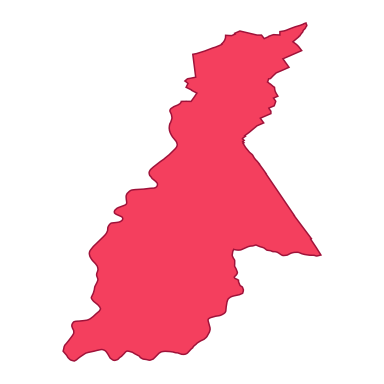 Ouder-Amstel, Noord-Holland, Netherlands (Robinson projection)
{"feature_id": "6326949B48835479136340", "entity_name": "Ouder-Amstel", "entity_type": "district", "adm_level": 2, "iso_a3": "NLD", "parent_name": "Netherlands", "parent_adm1": "Noord-Holland", "projection": "robinson", "projection_center": [4.919, 52.295], "detail": "fine", "context": "isolated", "style": "filled", "palette": "rose", "viewbox_px": 384, "rotation_deg": 0, "n_neighbors": 0, "source": "geoboundaries", "source_scale": "gbopen_adm2", "svg_char_len": 5917}
<svg xmlns="http://www.w3.org/2000/svg" viewBox="0 0 384 384"><path d="M63.1,351.2L66.7,355.4L67.8,357.3L68.4,358.0L69.7,359.3L70.4,359.8L70.9,360.1L73.3,360.8L74.4,361.0L76.4,359.9L78.6,358.0L80.5,356.6L84.7,353.8L86.1,353.0L88.3,352.4L94.0,351.2L97.0,350.4L101.3,349.5L102.5,349.6L103.3,349.8L104.7,350.4L105.4,350.9L106.2,351.7L107.7,353.8L109.9,357.6L110.3,358.2L112.7,359.9L113.4,360.2L114.3,360.4L115.3,360.3L117.2,359.7L118.1,359.2L119.7,357.5L121.5,356.3L124.1,353.6L125.6,351.9L126.5,351.3L127.3,351.1L127.9,351.1L129.4,351.4L132.5,352.3L134.5,353.6L139.1,356.0L139.6,356.4L140.1,357.3L140.4,357.6L142.5,358.8L143.3,359.1L146.3,359.5L149.3,360.2L150.3,360.1L152.5,359.3L153.1,359.1L154.8,357.5L159.0,353.2L160.3,352.4L161.4,351.8L163.1,351.5L165.2,351.3L170.2,351.6L173.1,352.0L175.3,352.7L177.8,352.9L180.8,354.0L181.8,354.3L183.9,354.4L185.5,354.1L186.8,353.5L187.6,352.9L191.3,348.9L192.7,347.8L193.2,346.8L194.1,345.8L196.1,344.2L196.5,343.7L196.9,343.3L198.0,342.5L200.6,340.9L204.0,339.3L206.0,337.6L206.9,336.6L209.4,332.1L209.8,330.8L210.1,329.4L210.0,327.7L208.1,320.7L208.1,319.5L208.5,318.9L209.5,318.1L211.0,317.5L215.7,316.2L219.1,315.7L220.6,315.3L222.3,314.5L224.0,313.5L225.0,312.6L225.6,311.6L225.8,311.0L226.2,306.8L227.0,302.0L227.7,299.9L228.3,298.8L228.6,298.5L230.3,297.2L231.8,296.5L233.8,295.9L239.4,294.7L242.6,293.3L242.7,293.1L243.3,291.0L243.4,289.8L242.5,287.3L242.0,286.7L240.6,285.9L240.2,285.6L239.9,285.1L238.8,282.5L238.5,281.4L238.5,280.6L238.5,280.2L237.4,279.5L235.4,278.6L234.7,278.1L234.3,277.5L234.3,277.1L234.4,276.8L236.3,274.9L236.8,274.2L237.2,273.3L237.4,272.7L237.2,271.8L236.2,269.2L235.7,268.2L234.6,266.3L234.6,265.4L234.7,263.9L234.7,260.6L234.4,259.7L233.5,258.4L232.8,257.0L232.5,256.3L232.2,255.4L232.2,255.0L232.4,253.9L232.7,251.9L233.0,250.8L233.7,249.3L234.4,249.6L236.8,250.0L238.3,250.1L240.2,250.0L241.5,249.6L247.6,246.9L248.7,246.5L250.4,246.1L252.8,245.9L255.2,245.2L255.8,245.0L256.3,245.1L257.6,245.7L260.1,246.7L262.3,247.3L263.7,247.8L264.5,248.3L266.5,249.9L267.1,250.2L270.6,250.7L272.7,251.6L275.4,251.7L276.9,252.1L278.2,252.7L281.6,255.0L282.9,255.5L283.9,255.5L285.1,255.4L287.2,255.1L288.2,254.6L290.3,253.5L291.5,253.0L294.1,252.4L296.6,252.3L297.9,252.3L298.9,252.5L302.0,253.8L304.8,254.5L309.6,255.2L314.1,255.3L316.3,256.0L317.4,255.9L320.9,255.0L316.4,247.8L310.6,239.1L311.4,238.7L294.1,215.6L294.3,215.5L265.9,173.7L266.1,173.6L262.7,168.8L259.2,164.1L259.4,164.0L257.0,161.1L255.6,159.7L254.2,157.9L252.7,155.2L252.0,154.4L249.5,152.3L245.9,147.9L245.2,146.9L242.9,143.1L243.9,142.7L242.7,141.5L244.2,140.4L242.4,138.8L243.3,137.7L245.4,136.3L244.7,135.7L249.5,132.1L257.0,125.8L263.7,122.9L260.3,118.2L270.9,113.6L270.9,111.5L270.7,110.9L269.0,108.6L268.8,108.1L274.2,105.8L275.7,101.6L275.7,101.2L273.5,98.1L277.9,96.2L276.2,93.4L275.3,91.6L274.9,90.3L274.7,89.1L274.5,87.3L273.0,86.3L270.2,83.9L269.8,83.8L269.4,83.5L268.7,82.9L268.1,82.3L267.5,82.0L268.2,80.2L268.6,78.8L269.5,78.8L270.5,78.5L273.2,75.7L276.2,72.9L289.0,67.3L282.9,58.8L301.7,50.6L298.8,46.8L297.6,45.5L296.3,44.3L292.9,41.8L298.8,36.8L298.8,36.5L299.0,36.3L299.8,35.9L300.4,34.9L301.4,33.5L302.6,32.1L302.9,31.6L303.1,30.6L304.1,29.5L304.9,28.8L305.2,28.3L305.5,28.0L305.7,27.3L306.8,25.7L306.8,25.3L306.5,24.4L306.3,24.3L306.0,23.0L304.7,23.4L303.7,23.8L303.6,24.0L300.0,25.4L295.2,26.8L290.6,28.5L286.1,30.3L284.2,30.9L279.9,31.6L279.9,35.0L274.6,34.7L273.3,34.7L271.8,35.2L270.2,35.8L269.1,36.1L268.4,36.7L267.8,37.0L264.2,38.6L261.5,35.1L257.2,35.1L239.9,31.0L234.7,33.3L235.2,34.0L231.7,35.6L228.7,35.5L225.6,35.3L225.5,37.8L225.3,38.4L224.8,39.9L224.1,41.1L223.5,42.0L222.6,43.0L221.6,43.9L221.9,44.4L219.2,45.6L215.3,47.2L212.9,47.9L204.8,51.0L196.5,53.6L192.8,54.3L195.7,77.2L190.3,78.3L187.8,78.7L186.8,79.3L184.9,81.0L186.3,82.0L187.6,83.1L188.0,83.5L186.1,87.3L191.4,89.9L191.6,90.0L191.6,90.3L192.1,90.6L196.9,93.1L194.0,97.4L191.1,101.4L186.2,101.3L181.3,101.4L181.3,101.8L180.1,103.6L177.8,105.0L173.9,106.6L170.9,108.6L170.3,109.4L170.0,110.2L169.9,110.8L170.0,111.4L171.3,114.2L171.7,116.0L172.0,118.1L171.5,119.9L170.7,122.2L169.8,123.9L169.4,125.8L169.2,128.1L169.5,130.5L170.2,132.7L171.4,135.1L172.5,136.9L176.1,141.3L176.7,142.5L177.3,144.7L176.9,146.3L176.4,147.3L175.4,148.6L169.0,154.9L165.5,157.7L163.8,159.2L160.3,161.6L153.4,167.0L150.8,169.3L150.1,170.2L149.5,171.3L149.2,172.1L149.1,172.9L149.3,174.1L149.7,175.4L151.2,177.1L152.1,178.5L155.7,181.4L156.9,182.8L157.3,183.3L157.5,184.0L157.4,185.2L157.1,186.0L156.7,186.7L155.7,187.5L154.1,188.1L150.1,188.3L143.6,189.1L135.0,189.6L132.0,190.0L131.0,190.3L129.6,191.1L127.1,193.5L126.5,194.8L126.2,195.7L126.1,196.9L126.3,199.4L126.7,202.2L126.7,203.0L126.5,203.7L126.1,204.3L125.3,204.9L124.2,205.4L118.8,207.4L117.1,208.2L115.5,209.6L114.9,210.2L114.5,211.0L114.3,211.7L114.4,212.5L114.5,213.0L115.3,213.7L116.2,214.3L121.4,216.6L122.2,217.2L122.6,218.0L122.8,218.6L122.7,219.1L122.5,219.7L122.1,220.3L121.4,220.9L120.4,221.5L119.3,222.0L117.2,222.4L111.7,223.0L111.1,223.2L110.5,223.5L109.3,224.8L108.7,225.7L108.3,226.4L107.9,227.4L107.8,228.0L107.6,230.6L106.8,232.4L106.3,233.4L105.2,234.8L103.5,236.6L93.3,246.5L91.0,249.4L90.2,250.5L89.7,251.4L89.4,252.7L89.3,253.3L89.5,254.8L89.9,256.3L90.5,257.5L91.7,259.5L93.0,261.1L95.5,263.7L97.2,266.0L97.8,267.9L98.0,269.8L97.5,271.5L96.8,273.3L96.6,274.6L96.7,275.8L97.5,277.9L97.8,278.9L97.9,279.8L97.8,280.3L97.0,282.4L94.9,286.5L94.7,287.2L94.3,289.8L93.3,293.2L91.5,297.0L91.3,297.6L91.4,298.2L91.8,299.0L92.8,300.4L93.7,301.4L98.0,304.9L99.7,306.9L100.5,308.6L100.5,309.0L100.1,309.8L99.2,311.2L96.1,313.8L93.1,316.6L90.2,318.8L88.4,319.7L86.8,320.2L83.7,320.6L78.9,321.1L76.8,321.2L75.1,321.4L73.7,321.9L72.7,323.1L72.0,324.4L71.8,326.0L72.5,328.2L73.7,330.6L73.8,332.9L73.3,334.2L72.0,336.2L68.5,340.8L66.4,343.4L64.8,345.2L64.1,346.8L63.7,348.9L63.1,351.2Z" fill="#f43f5e" stroke="#9f1239" stroke-width="1.5"/></svg>